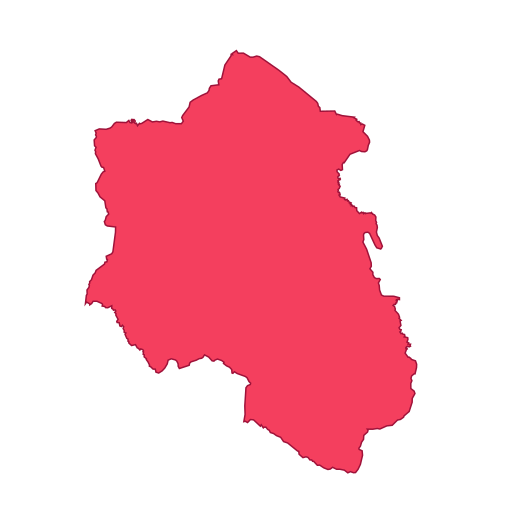 Lampung Utara, Lampung, Indonesia (orthographic projection), rotated 279°
{"feature_id": "22746128B16659764843822", "entity_name": "Lampung Utara", "entity_type": "district", "adm_level": 2, "iso_a3": "IDN", "parent_name": "Indonesia", "parent_adm1": "Lampung", "projection": "orthographic", "projection_center": [104.757, -4.808], "detail": "fine", "context": "isolated", "style": "filled", "palette": "rose", "viewbox_px": 512, "rotation_deg": 279, "n_neighbors": 0, "source": "geoboundaries", "source_scale": "gbopen_adm2", "svg_char_len": 6073}
<svg xmlns="http://www.w3.org/2000/svg" viewBox="0 0 512 512"><g transform="rotate(279 256 256)"><path d="M108.7,411.8L110.1,417.0L116.1,421.4L117.2,424.3L119.9,427.0L121.2,427.2L126.4,431.6L136.0,433.1L139.8,432.6L145.0,434.5L147.3,433.3L149.3,429.7L154.4,428.8L157.2,429.5L159.4,428.2L162.0,428.5L164.4,430.7L164.5,431.5L170.9,432.0L174.2,431.6L177.4,429.9L178.2,425.6L179.0,425.0L180.1,422.9L179.8,422.1L183.4,418.5L187.2,419.2L187.9,419.9L188.7,419.3L188.2,418.5L188.7,418.3L190.0,418.9L190.6,420.0L190.2,421.5L191.1,422.7L191.9,422.1L193.0,422.4L192.8,420.0L194.1,420.4L194.6,418.6L197.5,419.1L199.1,418.6L199.3,415.1L200.2,415.6L201.7,415.0L201.7,413.5L202.7,412.3L202.0,411.4L203.5,410.0L204.3,410.8L205.9,410.9L206.1,409.5L207.5,408.5L210.1,410.0L214.4,408.4L215.1,409.4L216.9,407.0L217.9,407.4L220.8,405.8L224.0,401.8L225.4,401.9L227.8,400.7L228.6,399.1L229.8,399.9L230.0,401.3L231.4,401.4L231.6,402.2L233.9,402.5L233.9,401.5L234.8,401.5L235.4,402.6L235.4,404.5L237.2,404.2L237.8,398.4L236.3,388.5L237.1,386.0L241.7,383.4L246.2,382.3L248.5,381.1L252.2,382.4L253.1,381.3L252.5,378.4L253.2,376.3L255.9,374.3L258.2,374.0L261.2,370.5L263.9,371.5L267.3,370.8L280.0,364.2L286.5,359.4L289.1,359.9L293.5,358.9L295.1,359.1L296.3,360.2L297.0,362.8L296.1,364.7L285.5,371.8L283.0,374.0L282.4,378.1L283.4,378.7L285.4,379.3L293.0,374.8L295.2,372.6L298.5,371.2L303.1,371.4L305.4,370.7L306.7,369.5L308.0,369.8L309.7,368.7L313.3,368.3L315.1,366.7L315.6,364.7L316.3,364.4L316.3,363.4L316.8,363.2L316.2,362.8L316.5,362.2L315.4,358.4L315.6,357.5L315.0,357.2L315.5,356.3L314.7,355.6L315.8,355.0L315.2,353.9L315.8,353.4L314.1,351.5L316.6,348.4L319.4,347.8L319.3,346.3L320.7,344.9L320.1,343.9L321.0,343.1L320.6,342.3L321.9,342.3L322.3,341.9L321.9,341.2L322.7,341.2L322.9,340.4L323.5,341.1L323.8,339.6L325.1,338.6L324.7,337.8L326.2,337.1L325.3,335.4L325.9,334.5L327.1,334.7L327.5,329.9L329.1,328.5L329.6,328.6L329.7,329.5L331.4,328.8L332.0,328.3L331.6,327.5L332.4,326.8L333.7,327.1L334.5,326.6L335.7,327.6L338.1,328.2L338.7,327.0L339.9,327.1L339.9,326.2L341.5,326.4L342.0,325.9L341.7,325.5L343.2,325.2L343.4,325.8L344.1,325.9L344.5,327.1L345.2,327.3L345.9,326.8L345.2,325.8L346.0,324.6L347.3,324.5L348.4,325.7L348.9,325.3L349.9,325.4L351.9,322.9L353.6,322.5L354.8,324.1L353.8,326.4L354.8,327.9L359.9,326.8L362.1,327.8L361.9,328.5L371.2,332.9L376.4,341.7L375.7,343.9L376.0,347.3L377.2,348.9L378.5,349.4L382.9,349.6L386.1,350.4L388.2,349.9L391.7,347.4L395.5,342.2L402.1,343.0L403.0,340.4L402.2,339.0L403.7,338.7L403.7,337.3L404.9,336.8L404.5,335.5L405.9,333.6L406.8,334.1L407.9,331.0L408.5,331.4L408.1,319.2L408.8,314.1L408.3,313.4L411.5,311.1L409.0,296.9L412.6,295.8L413.6,294.2L416.4,293.1L418.1,291.4L429.6,271.8L433.1,263.5L438.1,258.3L443.0,249.6L453.4,228.3L453.6,225.4L451.9,221.9L451.5,219.2L454.4,211.9L453.5,206.7L455.8,204.5L452.2,200.7L451.2,201.3L451.2,199.9L449.7,200.0L439.8,195.4L425.7,194.3L424.9,191.8L423.0,191.3L419.3,192.5L417.1,184.9L414.3,183.7L412.2,183.7L409.5,182.4L406.1,177.2L400.3,169.6L397.5,166.9L392.7,166.6L383.3,161.6L381.1,161.0L377.8,163.1L375.0,161.6L374.1,155.9L374.8,152.3L374.2,150.2L374.7,142.9L373.4,139.9L373.5,136.6L372.2,132.7L373.9,127.8L369.1,122.4L368.4,120.7L368.8,120.1L366.1,118.6L368.4,117.2L367.9,116.4L368.4,115.3L370.4,115.6L371.7,114.2L371.5,113.4L368.3,113.8L371.5,112.6L371.5,111.9L370.5,111.4L368.7,112.6L368.0,112.5L368.1,110.6L370.0,109.2L367.5,107.0L366.3,97.2L364.8,95.4L361.0,93.4L359.6,92.0L357.7,88.2L357.0,81.3L354.6,77.5L352.4,78.9L350.5,78.6L349.4,79.6L348.1,79.7L345.3,78.0L339.6,79.3L338.4,81.0L335.3,80.4L334.0,81.3L331.9,81.4L327.3,84.9L320.5,88.9L319.6,90.0L319.6,91.6L316.1,93.4L315.2,91.9L312.6,90.4L303.5,87.6L302.5,86.4L295.6,87.7L293.6,90.0L290.0,92.7L286.9,98.0L280.1,100.2L279.2,101.4L276.4,102.2L276.3,103.1L274.3,103.9L271.5,101.9L267.5,101.5L266.4,100.8L263.3,102.3L262.4,104.4L262.7,112.8L257.4,113.5L237.7,114.0L235.6,113.1L232.3,108.1L229.5,109.0L229.3,109.8L226.9,109.6L226.3,107.8L224.3,107.6L216.8,100.3L214.2,99.8L211.6,98.0L206.8,97.2L204.7,95.7L203.3,96.0L201.7,95.4L200.9,96.0L198.9,95.9L196.0,94.4L192.0,95.2L190.6,94.6L182.2,95.0L184.0,95.9L182.7,99.3L181.8,99.5L183.3,101.1L185.8,102.2L186.4,106.0L185.0,111.1L184.3,112.0L182.5,111.9L182.5,114.5L181.5,115.5L181.7,117.7L184.3,121.3L181.7,121.7L181.0,123.2L180.2,123.7L180.7,125.3L180.2,125.9L179.4,126.1L178.1,125.3L177.4,126.6L175.5,126.9L171.9,129.7L169.7,128.7L168.6,129.2L168.7,131.3L165.6,132.5L165.3,134.1L166.7,134.9L165.4,136.4L163.5,136.1L162.1,137.4L160.1,137.7L159.6,139.5L158.2,138.9L154.4,141.3L154.0,142.5L151.7,143.0L151.6,143.7L150.1,144.1L148.1,147.1L149.6,150.8L146.7,153.1L146.4,154.3L145.0,156.0L146.2,156.7L145.8,158.8L144.6,159.8L143.8,159.3L142.9,160.0L141.3,159.9L140.9,161.1L138.9,161.3L137.4,163.8L136.6,163.8L134.6,165.8L131.8,167.8L130.5,167.9L130.2,169.2L128.2,172.0L128.5,174.2L125.6,175.4L125.2,178.2L127.9,181.3L131.0,183.4L135.5,185.2L139.4,185.5L141.2,188.4L140.7,192.8L139.8,194.2L137.4,195.9L134.9,196.4L132.9,197.9L137.6,207.1L139.8,207.2L141.3,208.4L143.7,213.2L145.7,215.9L146.5,218.3L147.7,219.5L150.3,220.6L148.8,225.1L145.6,229.0L145.6,230.9L146.8,231.8L148.2,234.1L147.4,238.4L146.1,241.0L144.8,240.7L142.9,244.1L142.0,247.3L140.0,249.8L136.7,250.6L136.5,251.5L138.3,252.8L137.0,255.8L135.4,264.1L134.5,266.1L130.8,268.8L129.6,270.6L128.2,270.5L126.6,267.9L124.3,266.7L106.2,268.4L97.8,270.0L90.5,269.9L91.1,271.2L90.2,273.7L93.6,276.1L93.8,279.2L88.6,286.9L90.1,287.6L87.4,290.1L88.2,290.6L88.5,292.6L86.6,294.6L85.9,296.4L83.9,297.8L83.4,301.2L81.8,304.3L80.8,308.7L77.0,312.3L76.3,316.5L69.9,327.5L69.7,328.8L66.9,329.6L64.2,333.9L65.5,336.8L65.2,338.9L63.0,341.2L63.3,342.9L62.1,344.0L62.2,345.1L58.9,349.3L59.4,351.7L57.4,356.0L56.4,360.4L57.2,362.7L59.3,364.7L58.0,368.9L58.5,372.1L58.3,376.8L56.2,380.6L57.8,383.0L57.2,386.3L57.7,388.2L61.4,390.2L66.5,391.7L75.9,392.4L80.2,391.3L81.1,388.1L82.2,387.7L84.6,388.9L88.6,389.4L91.7,390.9L95.7,390.5L99.6,393.7L101.5,393.9L102.4,393.0L103.2,398.4L104.6,402.8L104.5,405.4L108.7,411.8Z" fill="#f43f5e" stroke="#9f1239" stroke-width="1.5"/></g></svg>